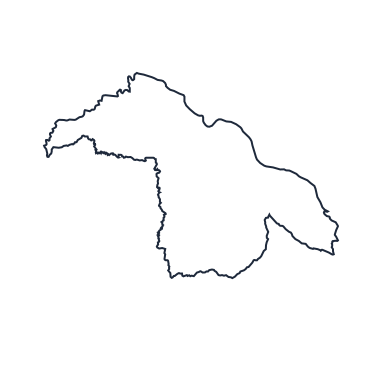 the district of Honda, Tolima, Colombia, rotated 307°
{"feature_id": "7082276B8188549982747", "entity_name": "Honda", "entity_type": "district", "adm_level": 2, "iso_a3": "COL", "parent_name": "Colombia", "parent_adm1": "Tolima", "projection": "robinson", "projection_center": [-74.812, 5.18], "detail": "fine", "context": "isolated", "style": "outline", "palette": "slate", "viewbox_px": 384, "rotation_deg": 307, "n_neighbors": 0, "source": "geoboundaries", "source_scale": "gbopen_adm2", "svg_char_len": 6013}
<svg xmlns="http://www.w3.org/2000/svg" viewBox="0 0 384 384"><g transform="rotate(307 192 192)"><path d="M202.2,63.3L199.8,64.3L199.0,64.2L198.2,63.6L197.7,62.6L195.0,61.8L193.0,57.3L192.0,57.4L188.9,59.2L186.8,59.2L185.8,58.7L184.0,57.1L179.8,55.6L178.8,54.7L176.2,50.6L174.2,49.4L173.4,48.5L172.5,46.5L169.8,42.6L168.8,42.0L166.0,41.3L164.4,41.4L163.5,43.5L162.1,44.2L161.6,44.2L158.4,42.7L158.0,43.1L157.4,44.5L155.4,44.8L154.1,43.5L153.3,43.4L152.4,44.0L151.4,45.9L149.1,45.9L147.7,47.0L146.8,46.8L146.5,45.1L145.7,44.2L145.0,44.5L143.5,46.4L142.4,47.2L141.6,47.1L140.0,46.0L139.2,47.2L138.5,49.8L135.6,53.3L134.1,54.0L133.5,54.7L133.1,55.4L133.7,56.3L136.0,56.0L138.0,56.4L139.9,55.6L141.5,54.4L144.4,54.3L147.1,58.9L149.4,61.1L151.6,61.8L153.7,63.8L154.1,65.1L156.0,65.8L157.9,67.2L158.4,68.3L159.1,68.2L159.9,68.9L161.3,68.6L162.3,69.8L164.8,69.5L168.7,71.1L170.8,70.6L171.8,71.5L171.8,72.9L173.5,75.2L172.2,76.9L172.1,78.1L172.8,79.2L172.5,80.3L172.8,80.8L174.4,80.8L174.5,82.5L174.1,83.3L171.9,84.3L172.0,85.1L171.6,85.2L172.0,85.7L171.4,86.3L169.5,86.4L168.5,90.0L167.5,89.6L167.2,90.8L165.9,91.2L165.2,92.0L166.4,92.6L166.1,93.7L167.4,93.9L167.4,94.8L168.7,94.9L168.3,95.9L169.5,95.5L169.4,96.6L170.1,96.8L169.9,97.9L170.7,98.0L170.3,98.8L170.4,100.3L170.8,100.3L171.3,99.3L171.7,99.5L171.9,101.8L171.0,102.5L171.8,102.9L171.7,103.6L173.8,104.1L174.3,104.4L174.5,105.2L175.3,105.5L175.2,106.1L174.4,106.6L174.6,107.1L175.2,107.5L175.5,108.4L175.0,110.6L175.0,112.3L175.5,112.7L175.4,111.7L176.8,111.6L177.6,111.0L179.0,113.0L179.1,113.7L178.3,114.8L178.9,115.9L178.4,117.0L179.5,117.8L180.5,117.9L181.2,119.8L183.0,121.9L183.2,123.9L182.9,126.3L183.5,127.5L184.3,128.0L184.9,128.9L185.7,131.2L187.4,132.9L188.0,135.4L188.4,135.9L189.3,136.2L190.3,134.6L191.2,134.4L191.7,134.7L196.1,140.5L196.3,141.2L196.0,142.6L196.4,143.3L193.7,145.4L193.6,146.6L192.9,147.3L188.0,147.9L188.1,148.8L187.5,148.8L187.3,149.3L188.1,150.5L189.4,150.6L188.9,151.5L189.5,152.4L189.5,153.5L189.2,154.1L187.7,154.2L186.2,153.0L185.0,152.8L183.2,154.4L182.9,157.0L180.0,158.1L178.3,159.8L177.0,160.0L174.9,161.1L174.6,162.9L174.8,163.3L175.6,163.0L175.8,163.5L175.6,163.9L174.5,164.1L174.2,164.6L172.4,164.6L172.1,165.6L172.3,166.5L171.7,166.2L169.3,166.5L168.6,167.9L167.9,168.3L166.9,170.8L164.8,172.3L164.6,173.6L163.3,173.3L161.3,173.8L161.0,174.3L161.0,175.8L160.1,176.7L159.7,178.5L158.9,179.7L159.1,183.5L158.7,184.2L156.9,183.3L156.2,184.5L155.2,185.0L154.3,184.8L152.3,186.4L151.6,185.9L150.3,186.4L150.1,185.9L149.6,185.7L149.3,186.9L148.3,187.8L148.2,188.8L147.4,188.7L146.8,189.2L145.2,188.9L145.1,189.8L144.5,190.1L143.7,189.2L143.0,189.7L141.8,189.2L140.5,189.2L140.1,189.8L139.3,189.3L139.2,190.1L138.6,190.0L138.5,190.8L137.1,190.5L137.3,191.7L136.2,191.6L135.9,192.5L134.9,192.8L134.7,193.9L133.8,194.2L133.2,195.4L132.5,195.6L131.2,195.1L129.6,196.6L128.5,196.5L127.2,196.8L126.8,197.7L127.1,199.8L129.3,201.9L130.4,204.9L126.6,206.7L126.1,208.1L122.0,210.3L121.6,210.9L121.6,211.9L122.8,213.6L122.6,214.4L120.4,216.7L119.4,217.1L118.8,218.8L117.7,219.2L116.8,220.1L115.0,220.2L114.2,223.5L111.4,225.9L111.2,227.4L112.0,227.9L114.0,228.0L114.5,228.7L117.9,229.6L119.4,230.4L119.7,231.6L120.9,233.1L119.4,234.6L119.5,235.9L122.5,237.9L122.6,238.3L122.3,239.0L123.8,239.9L123.7,241.3L124.9,242.0L125.9,244.1L130.6,244.4L132.2,245.6L133.4,246.1L133.9,246.6L134.1,249.0L135.6,250.8L137.2,251.3L138.1,252.6L140.0,252.8L142.1,254.6L143.0,256.4L142.6,257.4L142.8,259.4L141.6,263.2L142.3,264.7L143.7,266.0L144.4,267.9L146.1,269.3L146.1,272.3L147.3,274.4L147.5,276.0L150.2,277.2L153.7,277.6L155.8,278.8L157.6,278.5L160.7,280.6L162.7,281.2L165.0,281.2L166.1,282.3L171.9,282.7L174.6,282.3L175.3,282.8L175.9,284.2L176.6,285.0L178.2,285.0L180.5,285.8L182.5,285.9L188.1,284.8L190.7,285.4L194.1,283.1L196.8,281.9L200.2,281.1L200.4,279.4L201.9,278.1L206.0,276.9L208.3,272.6L209.1,272.0L210.7,269.5L211.9,268.7L213.4,266.9L215.8,266.6L217.4,268.2L218.2,267.8L220.5,267.4L220.0,268.3L218.1,278.3L218.1,279.2L218.7,280.4L218.1,281.6L218.1,282.7L219.4,284.7L219.5,285.7L218.7,289.2L218.6,293.3L219.1,295.4L218.4,297.2L217.3,298.7L216.6,302.9L217.2,306.8L217.0,310.5L219.0,314.0L218.1,317.5L218.1,319.4L218.4,320.4L219.4,322.9L220.1,323.0L222.0,326.8L222.7,329.4L222.6,330.2L223.7,330.2L224.3,330.9L226.0,337.7L226.4,341.2L226.8,342.2L227.6,342.7L229.5,340.3L231.2,339.0L232.0,336.8L232.9,336.6L234.2,335.8L235.0,334.6L236.0,334.6L236.8,333.9L237.4,333.9L239.3,335.8L240.4,337.5L241.2,337.7L243.0,334.1L243.7,331.9L244.1,331.6L248.3,330.1L252.4,329.2L252.8,328.8L254.3,325.0L253.3,320.6L253.7,318.1L254.7,317.3L254.9,316.3L253.9,314.1L254.1,311.2L254.8,309.8L256.0,309.4L256.6,309.9L257.6,311.9L258.3,312.2L257.7,308.7L258.2,305.5L261.1,300.7L263.4,295.2L268.9,288.7L270.5,286.1L270.5,281.2L270.8,277.1L269.2,270.2L268.9,268.0L269.3,264.5L268.1,258.4L267.7,256.8L265.9,254.1L265.5,251.9L263.1,248.9L260.4,241.9L257.2,236.0L256.5,233.9L256.2,229.0L257.0,224.4L258.2,222.3L265.6,212.2L268.3,209.1L269.3,207.0L270.0,204.6L271.0,196.3L272.5,193.2L272.8,191.7L272.7,186.5L271.5,181.0L269.0,176.9L267.6,171.8L266.9,170.6L266.0,169.6L263.6,168.6L257.0,168.1L254.6,166.6L253.6,164.9L253.6,162.6L254.5,159.7L255.3,158.3L258.3,156.0L259.1,154.7L258.8,153.7L257.6,152.4L256.9,150.8L256.4,146.8L256.8,140.4L257.6,135.3L259.7,131.5L263.6,128.6L264.3,127.0L263.0,122.8L261.9,116.8L260.5,113.0L260.5,109.8L260.9,107.5L262.0,106.6L262.9,104.9L263.2,102.2L262.7,100.6L260.8,97.0L260.2,93.3L259.5,90.7L256.7,82.8L254.4,78.1L253.9,76.3L251.3,75.5L249.8,76.1L247.3,77.9L245.9,77.6L245.5,77.2L245.5,76.4L246.5,74.3L246.8,72.8L246.4,72.0L245.5,71.8L244.5,72.3L242.8,74.0L241.7,74.7L240.8,77.1L238.4,77.7L237.6,79.7L234.7,81.9L234.2,81.0L234.4,78.9L233.7,77.7L232.5,77.0L229.2,77.1L228.9,75.9L229.5,74.5L230.6,74.0L230.6,73.3L230.3,72.8L226.5,72.3L225.7,72.8L225.4,73.6L224.1,75.1L223.4,74.9L217.3,64.7L215.7,63.1L214.6,62.9L210.4,64.9L209.7,63.4L208.1,62.4L205.9,65.3L203.3,63.4L202.2,63.3Z" fill="none" stroke="#1e293b" stroke-width="2"/></g></svg>